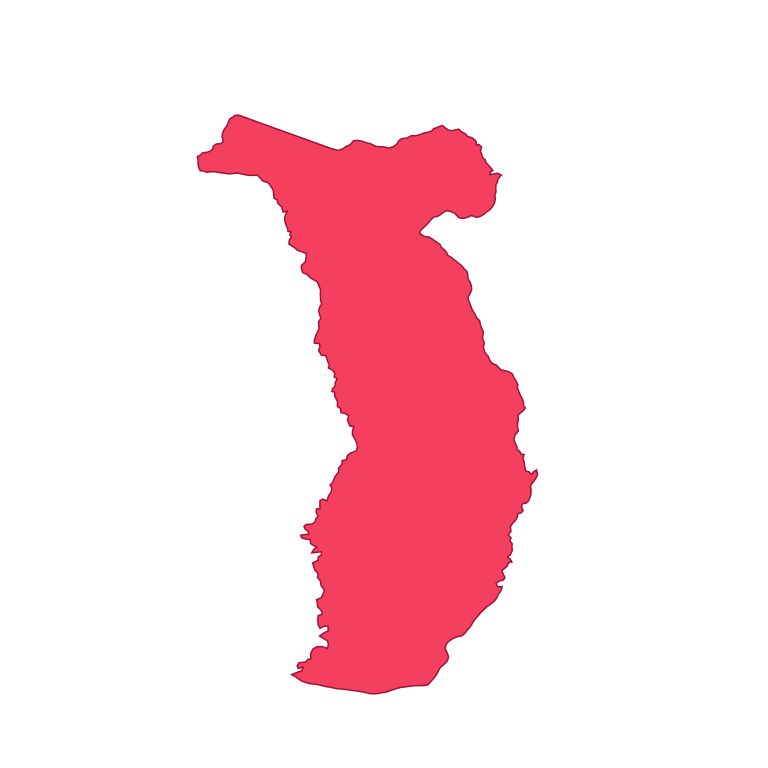 Bom Jesus do Tocantins, Tocantins, Brazil (Mercator projection), rotated 253°
{"feature_id": "56859067B75355152775274", "entity_name": "Bom Jesus do Tocantins", "entity_type": "district", "adm_level": 2, "iso_a3": "BRA", "parent_name": "Brazil", "parent_adm1": "Tocantins", "projection": "mercator", "projection_center": [-47.87, -9.003], "detail": "fine", "context": "isolated", "style": "filled", "palette": "rose", "viewbox_px": 768, "rotation_deg": 253, "n_neighbors": 0, "source": "geoboundaries", "source_scale": "gbopen_adm2", "svg_char_len": 6035}
<svg xmlns="http://www.w3.org/2000/svg" viewBox="0 0 768 768"><g transform="rotate(253 384 384)"><path d="M684.4,319.8L683.3,317.0L682.8,314.2L680.2,312.0L676.7,309.2L674.4,305.7L671.0,302.8L667.8,301.5L662.6,301.2L661.6,297.6L662.6,293.7L661.3,290.3L658.6,288.6L657.4,285.4L657.4,282.3L658.1,278.2L656.5,275.1L656.1,272.0L652.2,271.7L648.6,270.4L645.7,270.1L641.7,270.6L640.3,274.2L638.3,276.1L637.8,279.7L636.7,283.8L634.5,288.0L630.1,297.6L629.4,301.4L628.6,305.5L626.1,310.0L623.6,314.6L622.4,317.7L621.5,320.6L620.9,323.9L613.5,327.6L610.2,332.2L605.2,333.9L601.5,334.7L597.3,333.9L593.7,333.2L591.2,335.7L587.7,335.3L583.3,337.9L577.9,337.8L577.4,342.0L574.4,339.2L571.6,337.4L568.7,336.8L564.2,336.8L561.5,337.4L558.0,336.8L556.8,339.6L554.2,337.4L551.6,338.6L549.4,335.5L545.6,334.0L543.2,336.1L540.1,338.6L536.9,340.5L535.2,343.1L531.5,347.9L527.5,346.4L524.1,344.7L522.7,342.3L521.5,339.6L518.6,338.8L514.3,338.9L511.3,342.4L506.7,344.9L504.4,347.1L501.4,350.0L493.0,350.9L488.1,349.3L482.7,347.9L478.5,347.6L476.6,345.2L473.5,343.1L469.9,342.7L465.4,342.8L462.4,339.5L455.7,338.0L451.2,333.7L446.4,330.3L443.4,329.4L441.8,333.8L439.0,333.9L435.1,331.2L429.6,332.6L428.3,336.5L424.5,336.8L421.4,336.8L418.5,337.4L415.5,335.5L412.7,338.5L408.8,340.1L405.1,338.4L403.0,340.9L399.5,337.7L396.0,336.5L394.7,333.7L392.2,332.0L390.3,334.5L386.5,333.4L381.1,334.4L376.0,332.9L373.2,335.3L369.2,334.5L367.6,337.5L364.2,341.0L359.9,338.5L353.7,339.1L352.2,342.6L348.5,340.2L344.6,338.9L341.4,339.8L335.2,340.7L331.3,340.1L328.1,337.9L327.7,331.5L326.3,328.1L322.5,325.9L323.0,321.6L319.4,320.3L316.8,315.9L313.2,315.0L309.9,310.2L306.5,307.5L304.3,305.4L303.2,302.9L299.7,303.8L296.0,301.8L293.4,298.4L289.0,295.4L291.8,291.7L291.2,288.7L287.1,287.3L283.4,286.3L284.3,282.9L281.3,281.6L276.9,282.4L274.9,279.3L272.2,277.6L271.1,274.0L272.4,268.4L271.2,265.8L268.2,266.2L265.0,268.3L262.2,268.0L263.2,264.4L263.7,260.0L260.7,260.4L259.2,262.8L256.8,267.9L252.8,267.2L247.5,271.8L246.3,268.4L243.6,265.5L242.0,274.8L238.8,274.2L237.8,270.4L234.7,269.5L233.7,263.4L226.4,263.4L221.8,265.5L218.7,263.9L213.6,265.6L209.9,264.9L204.0,266.7L197.9,261.6L197.5,256.5L194.2,256.3L190.4,255.3L185.4,258.0L181.9,257.8L181.7,253.2L177.6,251.7L173.3,250.7L169.1,251.3L169.9,256.0L168.9,259.6L164.4,258.6L163.5,253.8L161.9,248.7L158.7,251.4L155.1,254.8L151.6,254.8L147.6,252.7L150.9,248.1L152.4,243.2L151.3,238.5L147.2,234.7L142.4,233.9L142.9,230.5L141.1,228.0L142.3,221.2L139.8,218.5L137.0,218.8L136.8,223.9L133.8,221.4L133.7,217.6L133.5,214.9L133.1,210.7L130.2,213.6L127.5,215.8L124.8,217.6L122.0,220.9L119.8,224.4L118.5,226.9L117.1,230.2L115.2,234.1L112.8,237.9L110.9,241.3L109.9,243.9L108.2,246.5L106.4,249.9L104.4,255.1L102.7,258.9L101.1,262.2L99.7,265.1L98.6,267.9L97.1,270.9L93.8,277.2L92.2,279.7L90.7,283.5L89.8,287.6L89.4,291.5L88.8,295.1L88.8,299.0L89.0,302.9L89.1,306.9L88.9,311.6L88.2,315.3L87.6,319.4L86.6,324.7L85.3,329.4L84.3,332.7L83.6,335.5L83.7,338.6L85.7,341.7L87.1,344.1L89.1,347.2L91.7,350.2L94.6,353.0L96.9,355.7L98.0,358.7L99.3,361.4L101.0,363.9L104.1,366.0L108.3,365.8L112.9,365.2L116.7,367.0L119.0,370.6L120.3,374.9L120.8,378.5L120.8,381.4L120.4,384.5L121.4,387.4L123.6,390.8L126.0,394.5L128.5,397.7L131.2,400.6L133.3,403.6L135.0,406.6L136.7,409.0L138.6,412.7L140.7,416.9L142.2,421.2L143.7,425.2L145.9,428.7L149.3,431.7L152.1,435.5L155.8,437.8L156.7,433.3L161.0,433.1L161.9,437.4L161.6,440.7L163.5,443.1L166.7,442.5L171.0,442.1L172.3,445.1L173.6,448.2L177.0,451.2L176.4,454.3L179.8,453.5L182.4,451.4L183.7,454.8L187.5,458.2L191.1,458.7L193.8,459.9L197.5,458.4L199.6,460.5L203.6,458.8L205.7,462.2L210.4,463.1L213.2,466.3L215.0,469.7L217.2,472.1L220.8,474.2L220.8,478.0L222.5,480.1L226.7,479.5L229.2,482.0L228.4,484.9L229.7,487.7L232.0,489.8L235.5,492.2L240.2,493.8L243.3,494.1L245.4,496.3L247.0,498.6L249.4,501.7L252.4,504.4L257.3,504.7L256.4,501.7L254.6,498.6L257.7,496.9L259.3,494.0L263.7,494.4L268.4,495.2L272.2,495.1L275.5,497.3L277.1,494.5L280.1,494.0L282.2,492.2L285.4,492.8L288.7,492.2L293.3,492.1L297.1,494.6L299.8,498.8L304.1,499.1L307.4,500.3L310.5,502.0L314.8,502.9L316.2,505.5L317.8,509.3L319.7,512.1L322.5,511.2L325.9,512.0L329.6,511.9L332.9,511.2L337.8,510.7L341.2,510.2L344.0,511.8L348.0,511.3L351.8,510.2L356.3,509.6L359.9,506.1L361.8,502.8L363.3,500.0L366.5,498.3L369.7,496.7L371.6,493.9L375.0,492.2L380.1,491.7L383.6,490.0L386.9,489.6L390.7,490.0L394.1,492.1L398.3,491.3L401.4,492.7L404.7,494.3L408.6,493.6L412.8,493.6L416.7,493.9L419.7,492.1L424.5,491.3L429.6,490.0L434.9,489.8L439.4,489.2L442.5,489.8L445.1,492.7L449.0,495.6L452.6,496.2L456.1,496.2L460.2,495.1L463.5,496.0L467.1,496.2L471.1,494.2L474.3,493.0L477.2,491.0L480.3,488.9L482.5,487.2L485.1,485.6L488.5,482.6L491.9,482.2L494.7,480.9L498.1,478.7L501.1,478.4L504.0,476.0L508.0,473.0L511.6,469.8L512.8,466.4L515.0,464.3L517.7,462.2L520.2,464.0L524.7,473.0L527.5,477.0L529.3,480.8L528.6,483.9L529.1,486.7L530.7,490.3L531.4,494.8L529.2,498.7L526.7,501.4L524.1,502.7L521.4,504.1L519.7,506.8L519.0,510.0L519.1,513.7L519.6,516.6L518.1,519.0L516.2,521.1L516.2,525.1L517.0,528.8L518.7,532.9L519.7,536.3L522.0,539.8L524.8,542.6L528.5,544.6L532.5,545.3L534.8,547.2L538.5,548.1L541.7,549.3L543.9,551.4L547.0,553.2L549.4,557.3L552.3,554.4L552.8,549.9L553.1,546.7L555.7,547.7L556.3,550.5L559.5,549.3L562.9,547.8L565.9,546.3L568.6,546.3L571.7,544.5L575.1,544.5L579.0,544.5L582.0,546.6L585.0,544.9L585.7,542.2L588.4,543.0L591.1,542.1L594.1,539.8L596.1,536.4L599.4,535.0L602.4,531.9L605.8,530.1L606.2,526.3L606.3,522.7L608.3,519.6L611.3,517.3L614.2,515.4L614.1,512.1L613.7,509.3L613.7,506.2L612.0,503.4L611.9,499.2L612.3,494.5L612.0,490.4L612.0,487.4L613.5,482.9L612.5,478.0L613.4,472.6L612.3,469.1L609.8,466.7L608.2,462.2L608.2,457.5L610.2,454.3L611.4,451.8L612.3,448.8L613.8,445.3L616.0,443.3L617.8,441.2L619.6,438.0L622.0,435.0L623.4,432.3L625.0,429.2L625.5,425.9L623.8,423.4L622.6,420.9L622.3,417.4L620.8,412.9L620.8,408.4L625.2,401.5L628.4,397.3L673.1,337.5L682.1,325.7L683.8,323.3L684.4,319.8Z" fill="#f43f5e" stroke="#9f1239" stroke-width="1.5"/></g></svg>